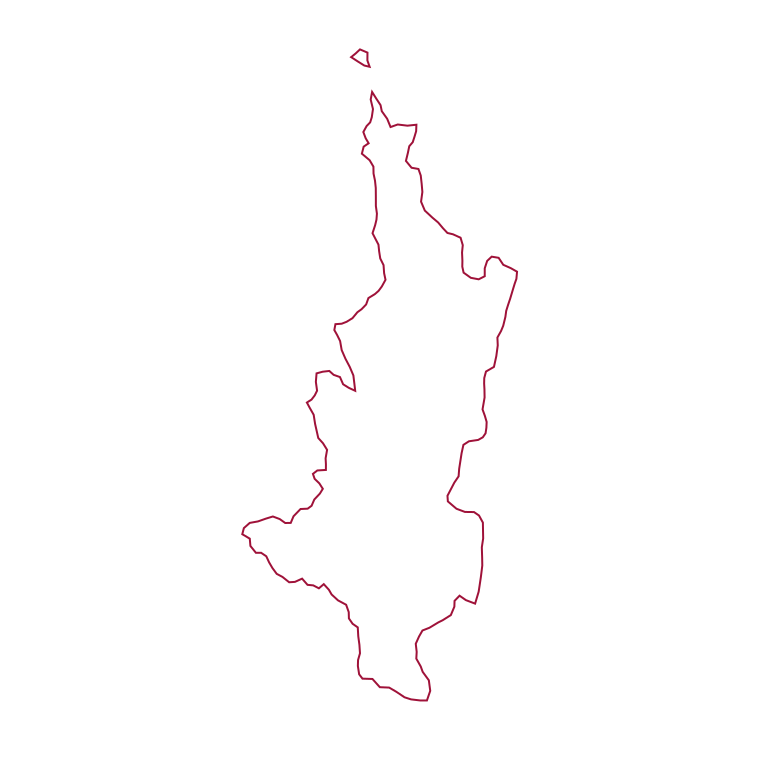 Chiador, Minas Gerais, Brazil (Natural Earth projection), rotated 314°
{"feature_id": "56859067B35300029306499", "entity_name": "Chiador", "entity_type": "district", "adm_level": 2, "iso_a3": "BRA", "parent_name": "Brazil", "parent_adm1": "Minas Gerais", "projection": "natural_earth1", "projection_center": [-43.014, -21.98], "detail": "fine", "context": "isolated", "style": "outline", "palette": "rose", "viewbox_px": 768, "rotation_deg": 314, "n_neighbors": 0, "source": "geoboundaries", "source_scale": "gbopen_adm2", "svg_char_len": 3131}
<svg xmlns="http://www.w3.org/2000/svg" viewBox="0 0 768 768"><g transform="rotate(314 384 384)"><path d="M585.8,172.6L579.4,176.8L574.1,185.1L567.4,189.9L562.6,192.3L557.5,192.3L550.9,194.1L548.0,200.2L546.5,205.7L540.6,204.5L534.3,208.1L535.0,218.2L533.0,225.4L528.1,230.3L524.0,236.3L519.3,241.9L512.8,248.3L506.4,254.5L501.6,260.6L497.0,264.4L492.1,267.3L484.5,271.0L482.2,277.8L480.4,283.2L476.1,288.3L471.7,294.1L469.2,301.1L463.8,307.1L460.0,312.7L452.6,314.7L447.2,315.4L442.4,315.0L435.0,313.1L428.8,315.9L422.2,315.9L417.1,315.0L409.5,315.6L402.8,313.9L398.0,311.7L393.3,307.5L388.3,310.8L386.7,316.2L384.4,322.6L379.0,330.0L375.4,338.7L372.5,347.5L368.9,356.0L363.7,362.4L359.1,368.0L356.8,361.4L355.4,354.8L358.4,347.5L355.6,341.4L355.4,335.6L350.3,331.4L344.8,328.1L338.2,333.5L332.7,340.5L327.7,342.1L322.4,342.7L317.1,341.4L315.3,347.0L313.0,354.8L307.4,362.2L302.6,369.5L299.5,374.2L299.0,381.3L297.1,388.8L290.0,393.6L285.9,398.0L281.8,401.9L275.5,396.1L270.0,395.3L267.6,400.0L267.6,406.5L266.1,412.8L260.6,414.0L252.5,414.1L246.1,416.5L241.3,415.7L236.1,410.8L226.0,410.8L219.3,413.4L215.4,409.5L214.4,402.8L211.5,396.1L205.0,392.5L197.6,388.8L190.8,383.9L183.0,383.3L177.5,386.4L179.5,394.9L174.7,400.4L173.6,409.1L177.2,412.8L178.3,419.0L175.9,425.2L174.1,431.6L172.9,438.7L174.7,445.0L175.5,453.5L179.8,457.4L187.1,460.3L186.4,468.5L190.0,473.0L191.8,479.1L198.2,479.7L197.7,487.3L196.2,492.5L196.4,501.2L198.9,510.1L195.4,517.1L191.0,521.6L189.7,528.0L190.7,534.2L184.6,540.8L179.3,547.5L173.6,553.8L167.4,557.1L163.0,561.1L157.9,567.8L157.1,573.2L163.8,580.6L163.0,591.6L169.2,598.6L171.1,606.4L172.9,616.4L175.9,622.5L181.6,630.0L186.2,634.7L195.4,630.4L202.0,622.1L203.8,611.8L206.3,606.7L208.9,598.0L214.0,593.6L219.2,587.3L226.7,584.6L233.4,582.9L240.2,586.0L250.3,588.7L254.8,590.3L264.2,592.6L272.7,589.3L277.0,585.4L284.2,585.4L285.4,593.0L289.3,602.1L300.3,596.4L305.4,592.8L312.4,587.8L317.6,583.9L321.7,580.8L327.0,575.5L334.5,567.8L341.8,562.6L353.0,551.4L355.4,543.7L354.4,537.7L348.2,531.1L344.6,522.8L343.9,511.5L347.7,507.3L361.9,503.1L369.4,501.8L375.2,497.0L388.1,487.9L395.4,483.4L401.8,484.9L409.2,490.6L414.3,492.1L419.1,491.3L423.7,488.0L428.0,484.2L431.1,478.8L434.2,472.5L440.1,468.5L444.2,465.7L450.0,459.9L453.9,455.7L457.9,452.0L463.8,448.7L472.7,451.2L482.1,445.4L490.8,439.0L496.2,433.3L503.4,431.4L508.7,429.3L516.6,424.7L521.5,421.1L527.1,418.3L533.0,415.5L541.7,411.0L547.0,408.3L551.6,406.2L557.2,401.7L555.4,394.7L552.6,387.0L554.4,378.8L550.4,373.0L544.2,372.7L537.2,376.1L531.5,381.6L525.1,379.4L520.7,372.7L519.4,363.9L522.8,358.8L527.1,354.8L532.8,348.8L538.6,344.2L542.4,337.5L539.6,329.6L536.7,324.7L537.0,318.4L537.8,310.8L537.3,303.2L537.1,292.9L540.9,284.0L548.8,278.2L554.2,272.0L559.5,265.6L562.6,259.4L558.7,253.6L559.7,244.8L566.9,240.6L572.6,237.0L577.9,236.7L583.0,234.2L588.2,231.5L593.0,227.2L586.1,221.4L580.2,213.6L573.4,210.2L577.0,202.0L578.7,192.9L582.2,187.8L583.8,180.7L585.8,172.6ZM596.3,133.3L597.9,141.5L599.4,148.6L602.2,153.3L605.2,147.3L610.9,141.9L608.0,134.3L602.1,134.0L596.3,133.3Z" fill="none" stroke="#9f1239" stroke-width="2"/></g></svg>